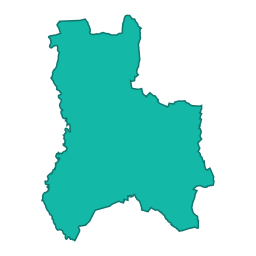 outline of Marcos Castellanos, Michoacán, Mexico
{"feature_id": "50627088B85348734298248", "entity_name": "Marcos Castellanos", "entity_type": "district", "adm_level": 2, "iso_a3": "MEX", "parent_name": "Mexico", "parent_adm1": "Michoacán", "projection": "equal_earth", "projection_center": [-102.992, 20.05], "detail": "fine", "context": "isolated", "style": "filled", "palette": "teal", "viewbox_px": 256, "rotation_deg": 0, "n_neighbors": 0, "source": "geoboundaries", "source_scale": "gbopen_adm2", "svg_char_len": 5694}
<svg xmlns="http://www.w3.org/2000/svg" viewBox="0 0 256 256"><path d="M43.1,194.5L42.7,196.7L42.8,199.2L42.0,200.0L42.0,200.7L43.4,200.9L44.0,201.8L44.4,203.6L45.4,205.1L45.8,206.2L46.0,207.5L47.6,210.6L48.7,211.5L50.0,214.7L50.8,214.8L52.1,216.4L52.4,217.6L52.0,218.3L52.2,219.0L53.5,219.9L53.3,221.4L54.3,224.0L55.1,224.0L56.1,228.1L57.4,230.0L58.7,230.0L59.5,229.4L62.4,230.6L63.5,233.8L65.5,234.7L65.3,237.3L65.6,238.6L66.3,239.2L67.0,238.8L67.8,236.9L68.8,237.5L69.5,237.1L70.4,239.3L71.8,239.0L73.0,239.8L74.1,239.9L74.6,240.6L75.2,240.1L79.6,231.1L79.5,229.6L78.3,227.2L79.4,226.1L80.6,226.1L81.5,225.7L83.1,225.8L83.6,225.3L85.4,225.3L89.6,221.1L95.2,210.2L109.9,206.1L112.0,204.2L118.6,201.3L123.4,202.9L123.6,201.5L124.0,201.5L124.1,200.6L123.8,200.6L124.0,199.4L127.9,200.2L127.7,198.1L128.0,198.0L127.9,196.0L129.5,196.5L129.5,195.7L131.1,195.6L131.2,196.9L133.1,196.1L133.4,194.8L134.5,194.5L135.8,197.3L137.1,199.4L139.6,201.3L140.8,204.6L141.7,208.2L141.6,209.9L144.6,210.7L147.2,211.6L148.2,211.5L148.1,211.2L150.2,208.8L150.8,207.5L153.1,209.0L155.1,209.7L155.1,210.1L157.6,209.9L159.4,211.2L160.2,212.0L161.1,212.6L161.4,212.4L162.1,213.5L164.5,215.7L165.6,218.5L166.2,219.2L167.5,219.8L167.6,220.5L168.2,221.5L171.1,223.2L171.2,223.4L170.9,224.4L172.2,225.6L172.4,225.2L174.1,226.9L176.1,227.8L177.0,228.9L177.2,228.6L179.4,231.3L181.1,230.5L181.9,230.8L188.1,228.7L195.1,227.1L196.8,228.1L198.3,228.0L198.4,220.3L197.4,219.7L197.7,218.4L197.6,216.7L196.9,215.8L195.9,215.5L193.6,213.3L193.0,212.3L191.7,207.6L192.9,202.1L194.7,197.5L195.2,194.1L197.0,190.6L193.4,189.4L194.3,188.2L196.7,186.2L197.5,185.9L199.1,185.7L201.3,185.8L202.8,186.8L205.6,187.3L207.0,187.0L207.0,186.7L208.0,185.8L209.2,186.0L210.0,185.2L210.9,185.5L212.9,185.3L213.3,184.9L214.0,181.2L213.2,179.8L213.7,176.9L209.9,168.2L206.8,170.1L205.8,169.2L204.8,166.8L204.2,161.4L203.5,162.1L201.8,157.2L200.1,155.6L200.4,155.1L200.2,153.9L199.2,152.5L197.9,151.5L199.4,149.3L199.8,148.0L199.0,147.0L198.7,145.6L197.8,143.0L201.6,139.1L199.9,136.1L201.3,131.6L200.0,128.5L199.0,128.5L200.0,125.8L199.4,125.9L200.4,123.3L200.6,123.2L200.7,122.1L201.4,119.2L199.9,118.9L200.6,115.5L201.6,113.6L199.6,112.9L200.6,111.9L200.6,110.5L201.6,109.0L201.6,105.5L199.9,106.2L192.5,105.7L191.2,105.3L189.7,104.5L188.9,103.5L185.9,102.5L185.4,101.2L184.5,100.8L182.9,101.1L178.4,101.1L175.7,101.8L174.7,102.2L173.9,104.0L169.1,103.3L168.6,105.1L168.7,105.5L167.9,106.6L167.4,106.5L167.4,106.8L159.3,103.3L158.3,101.6L157.7,101.3L158.3,99.9L156.7,98.3L155.3,96.0L153.3,95.7L151.2,93.8L150.5,93.6L150.0,92.7L147.6,95.0L146.4,96.8L145.7,95.9L144.5,95.4L142.8,93.7L141.6,88.6L138.4,89.4L131.8,88.3L130.5,80.6L131.7,81.3L134.6,80.6L134.9,76.6L135.8,76.9L137.4,75.7L138.3,74.7L137.6,74.3L137.0,73.3L136.7,71.3L137.4,68.4L138.5,66.7L138.8,63.2L139.8,59.8L138.4,44.3L139.8,39.8L140.5,38.4L140.5,37.7L140.0,35.6L140.3,32.9L139.8,31.6L140.3,29.5L140.0,28.7L141.1,28.3L140.7,27.8L138.1,26.3L137.8,24.3L136.7,22.6L135.3,21.1L135.1,20.0L134.6,19.1L133.4,19.1L131.8,18.5L129.7,15.5L126.8,15.4L125.6,15.9L125.0,16.7L124.3,18.6L123.8,21.3L122.9,23.4L122.4,28.4L122.3,32.8L121.3,33.3L118.9,33.5L116.7,35.0L111.4,35.0L108.5,33.7L105.9,33.5L102.9,32.5L101.9,33.0L100.6,33.2L99.8,34.0L97.5,34.0L96.6,33.8L96.0,34.1L94.8,34.1L93.2,34.7L92.0,34.2L91.0,34.3L89.9,33.3L89.5,32.2L90.1,31.9L90.2,30.7L90.2,29.5L88.9,25.7L88.2,24.6L87.9,23.8L88.0,23.0L85.1,19.1L80.2,20.4L59.6,21.3L59.7,22.1L58.6,22.3L57.0,25.0L58.6,27.7L60.6,33.3L55.8,35.0L50.1,35.9L48.8,36.6L48.6,37.2L48.8,37.6L49.8,38.0L50.7,40.4L51.1,43.1L50.0,44.8L49.6,46.6L50.3,47.6L51.5,47.9L54.1,45.9L55.7,45.5L56.9,45.7L57.4,46.1L57.7,46.8L57.7,48.8L57.5,49.9L57.8,50.8L59.3,52.4L58.4,55.7L58.3,59.1L57.1,63.3L56.7,65.7L56.2,67.1L55.7,68.2L53.5,70.4L52.6,73.0L52.7,74.7L52.0,76.4L52.0,77.4L51.1,77.7L51.1,78.0L51.5,78.9L52.2,79.4L52.5,80.2L53.2,80.6L53.7,82.5L55.7,85.7L56.6,86.3L56.9,87.6L56.7,88.9L56.8,89.5L59.3,90.7L60.3,92.4L61.2,93.0L61.2,94.0L60.2,95.0L59.4,95.0L58.6,95.3L58.4,96.5L58.7,97.7L59.5,98.5L60.9,99.3L61.4,100.2L61.0,102.0L59.8,104.1L59.6,105.2L60.4,108.0L61.0,108.8L62.7,110.1L62.6,110.6L61.3,110.9L61.1,111.3L61.1,113.3L62.1,115.6L62.4,117.1L63.0,118.0L64.4,118.7L65.4,118.2L66.4,118.4L66.8,118.7L66.8,119.2L65.7,120.0L65.5,120.9L66.3,121.0L67.0,122.0L67.2,124.1L67.0,125.4L69.0,124.0L69.6,124.3L69.9,125.1L70.1,127.7L69.7,129.1L70.3,129.3L70.4,129.7L70.3,131.1L70.4,131.7L70.0,131.9L69.3,131.7L68.7,131.0L67.8,129.3L66.4,128.4L65.5,128.5L65.1,129.2L65.1,130.2L65.9,131.1L65.7,132.7L64.9,133.5L64.4,134.7L63.5,135.1L64.1,135.6L64.2,136.5L63.9,138.9L64.8,139.8L65.2,141.5L64.9,142.0L65.0,142.5L64.5,143.2L64.8,143.7L64.7,144.1L63.9,144.3L63.3,144.1L63.3,144.9L63.5,145.5L64.4,145.7L65.2,146.6L65.7,146.5L66.1,147.0L66.7,147.2L66.6,147.8L67.0,149.0L66.7,149.7L65.9,150.4L65.7,151.0L63.6,151.8L62.7,152.5L61.7,153.7L60.5,153.3L59.0,154.0L58.7,152.6L58.4,152.4L58.0,152.9L57.7,153.9L56.6,153.8L55.9,156.0L55.9,156.8L57.8,159.1L58.0,158.9L57.5,158.2L57.7,157.9L59.3,157.9L59.5,158.4L59.2,158.7L59.4,159.7L58.4,160.2L58.1,160.8L57.9,161.8L57.4,162.0L57.2,162.4L56.7,162.5L55.5,163.2L55.5,163.8L56.1,164.3L55.6,164.9L55.7,166.8L55.1,167.6L55.2,168.3L54.6,168.5L54.6,168.9L55.0,169.3L53.8,169.8L53.4,169.7L52.8,171.0L52.8,171.9L52.2,172.1L52.0,172.9L51.5,173.1L51.6,173.8L50.4,173.4L47.5,176.3L47.7,177.4L48.4,178.4L48.0,180.2L46.7,181.8L46.2,181.7L45.5,181.1L45.1,181.3L45.4,183.8L45.8,184.2L48.1,184.8L48.9,184.6L48.9,185.2L48.3,185.5L48.2,186.0L47.6,186.3L47.1,187.0L47.7,187.5L48.3,187.5L48.8,187.1L49.1,187.4L49.1,187.8L48.3,188.9L48.3,189.4L48.8,189.9L48.6,190.3L46.9,191.7L46.4,192.4L44.7,192.6L43.1,194.5Z" fill="#14b8a6" stroke="#0f766e" stroke-width="1.5"/></svg>